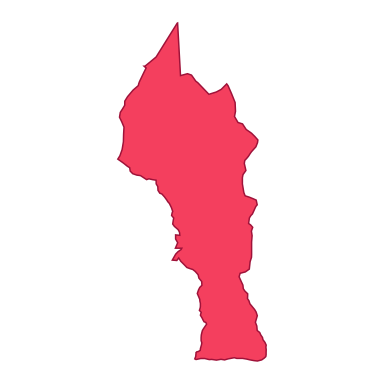 the district of Monagroulli, Limassol, Cyprus
{"feature_id": "46923920B37964983611309", "entity_name": "Monagroulli", "entity_type": "district", "adm_level": 2, "iso_a3": "CYP", "parent_name": "Cyprus", "parent_adm1": "Limassol", "projection": "albers", "projection_center": [33.218, 34.746], "detail": "fine", "context": "isolated", "style": "filled", "palette": "rose", "viewbox_px": 384, "rotation_deg": 0, "n_neighbors": 0, "source": "geoboundaries", "source_scale": "gbopen_adm2", "svg_char_len": 2698}
<svg xmlns="http://www.w3.org/2000/svg" viewBox="0 0 384 384"><path d="M177.2,23.2L156.1,57.0L145.1,66.1L144.1,66.2L146.1,68.0L144.0,72.2L141.4,77.6L139.4,81.8L138.7,83.8L138.3,85.6L133.1,90.1L127.6,96.6L124.8,101.1L124.7,105.3L122.6,108.8L120.3,112.4L119.5,117.2L121.7,121.7L124.0,127.2L123.6,134.1L123.4,141.8L122.1,149.6L119.9,155.8L117.8,159.1L123.3,163.0L127.3,166.2L129.7,167.7L130.2,171.1L132.7,173.7L136.8,175.1L140.5,175.6L146.6,179.6L148.9,178.8L152.3,179.6L156.1,180.2L156.2,183.9L157.8,186.6L158.0,190.4L159.8,193.2L161.9,194.0L164.5,196.9L167.1,200.5L167.7,201.6L169.4,203.5L171.4,207.6L172.7,211.4L172.1,213.0L171.6,215.5L173.7,218.0L173.3,220.1L172.7,224.0L174.4,226.4L178.1,229.6L179.2,231.6L179.6,232.8L179.8,235.3L175.6,234.9L175.6,239.0L177.7,242.7L175.4,248.2L181.8,248.2L181.0,249.6L178.0,251.7L175.7,254.1L172.3,260.1L176.8,260.5L178.7,258.0L180.8,261.3L184.3,264.8L186.9,267.5L190.2,268.7L192.8,269.5L195.2,271.4L198.1,274.7L198.9,278.1L201.7,281.5L201.9,285.3L199.8,287.4L198.6,289.7L197.3,293.5L199.7,299.2L199.9,301.1L200.4,303.4L200.4,306.4L200.2,307.9L199.4,310.4L201.2,312.3L200.4,315.2L202.1,318.0L203.2,320.3L204.1,321.8L205.8,322.4L206.6,324.2L205.6,325.6L203.5,328.7L202.4,330.5L201.8,332.8L201.3,335.0L201.1,337.7L201.1,340.6L201.8,342.8L201.5,344.8L200.5,348.2L200.2,350.4L198.1,351.6L197.0,351.7L196.0,352.6L196.0,353.7L195.8,355.2L195.8,356.2L194.8,358.9L196.0,359.5L200.8,358.5L204.7,358.5L209.3,359.6L211.6,359.4L216.4,360.1L221.0,359.3L224.6,359.9L228.0,358.9L234.3,357.7L236.8,358.4L242.6,358.4L246.8,359.1L249.7,359.8L253.9,360.6L257.4,361.0L261.7,359.9L264.1,358.2L265.6,356.8L265.8,356.6L266.1,354.8L266.1,352.4L266.2,349.7L265.9,347.1L266.2,345.1L264.9,342.3L262.9,339.6L262.5,337.5L260.8,335.0L259.7,332.5L257.2,330.5L256.8,326.0L255.4,322.3L257.3,315.7L256.1,312.0L254.6,309.5L249.9,303.8L248.9,300.7L247.5,298.7L247.6,296.9L247.7,293.8L244.9,291.1L243.3,288.7L242.9,285.1L240.9,280.8L239.1,276.8L240.1,273.3L245.4,271.9L249.3,269.1L250.1,261.7L251.5,257.3L251.6,254.5L251.6,249.6L251.6,245.9L251.6,242.1L252.1,235.7L251.4,231.1L252.7,227.3L250.6,224.9L248.6,223.5L249.4,217.9L250.9,215.5L252.4,214.0L255.8,206.5L257.2,204.8L256.2,200.1L253.3,198.8L249.4,197.2L245.1,195.8L243.8,192.4L242.4,183.9L242.4,177.7L243.0,174.6L245.9,170.5L244.3,163.4L244.8,160.4L246.6,158.5L248.5,156.2L250.2,153.5L251.5,151.7L255.9,146.8L257.5,142.7L257.9,140.0L255.0,136.7L251.5,133.2L246.2,129.5L242.5,123.9L238.0,122.5L234.5,116.5L235.5,111.3L235.1,102.5L231.6,93.8L228.1,85.8L226.7,83.9L226.5,84.1L221.2,89.4L216.3,92.0L208.9,94.3L197.8,82.7L195.8,81.2L191.5,75.1L187.5,73.7L180.5,75.6L177.6,23.0L177.2,23.2Z" fill="#f43f5e" stroke="#9f1239" stroke-width="1.5"/></svg>